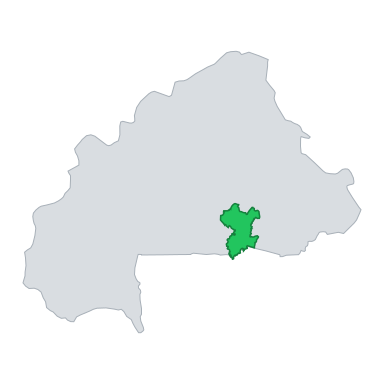 Boulgou, Boulgou, Burkina Faso (highlighted)
{"feature_id": "67063806B79770817740465", "entity_name": "Boulgou", "entity_type": "district", "adm_level": 2, "iso_a3": "BFA", "parent_name": "Burkina Faso", "parent_adm1": "Boulgou", "projection": "natural_earth1", "projection_center": [-0.458, 11.461], "detail": "fine", "context": "in_parent", "style": "filled", "palette": "green", "viewbox_px": 384, "rotation_deg": 0, "n_neighbors": 0, "source": "geoboundaries", "source_scale": "gbopen_adm2", "svg_char_len": 8474}
<svg xmlns="http://www.w3.org/2000/svg" viewBox="0 0 384 384"><path d="M297.5,254.7L286.5,255.2L282.5,256.6L280.1,256.6L280.0,255.4L279.7,254.7L265.8,250.9L256.1,248.6L246.3,246.0L245.7,248.4L244.3,250.0L242.2,250.1L240.7,249.7L239.7,251.5L238.0,254.0L235.8,255.2L233.5,256.6L232.3,258.0L231.4,258.0L229.1,254.9L226.1,254.6L220.5,255.1L218.0,254.3L214.5,253.8L206.4,254.5L193.4,253.2L191.3,253.9L190.7,254.5L177.9,254.6L163.7,254.8L151.9,254.9L141.5,255.0L141.5,254.5L138.2,254.4L137.8,255.5L134.9,267.9L134.5,274.6L136.1,278.8L137.8,281.5L139.8,282.6L140.0,284.1L138.4,286.0L138.5,288.0L140.4,290.1L140.8,292.2L139.9,294.5L140.1,300.0L141.5,308.6L141.5,314.2L140.2,316.7L140.8,321.1L143.3,327.3L143.8,329.9L142.9,331.1L140.8,332.7L138.6,332.7L136.1,328.9L135.0,327.2L133.0,323.5L131.3,319.6L129.0,318.0L126.7,316.4L123.9,311.6L121.3,309.3L118.4,310.0L114.3,309.1L106.0,307.9L97.0,308.2L93.3,309.3L89.6,311.1L80.3,315.0L76.6,316.9L73.8,321.7L70.7,321.6L67.5,320.1L65.5,317.9L61.3,318.3L57.2,316.2L53.2,312.0L50.3,310.6L46.6,307.6L45.6,301.8L43.2,297.7L41.1,292.1L37.9,289.5L34.2,288.2L29.1,288.5L25.7,286.2L23.0,282.9L23.8,280.0L25.0,276.0L25.1,272.1L26.0,265.7L25.5,257.8L24.6,252.2L27.4,249.9L30.7,247.9L32.8,244.1L34.9,235.6L35.8,228.3L35.2,225.6L34.1,223.5L33.3,220.3L32.8,216.5L33.4,213.1L35.9,210.0L39.0,207.4L41.2,206.2L47.1,204.9L54.4,203.0L58.6,200.8L61.7,198.6L63.4,196.9L65.1,193.3L68.0,190.5L70.2,187.8L70.5,180.0L70.5,175.6L68.9,173.2L68.0,171.1L78.9,165.1L78.9,160.8L77.5,156.0L75.4,152.2L74.6,148.9L77.6,145.0L80.3,142.0L82.2,139.5L86.5,135.7L90.9,134.8L94.9,136.2L106.7,145.1L108.7,145.7L111.2,145.0L114.3,142.7L118.4,140.8L119.9,134.8L119.8,126.0L120.7,122.0L122.8,121.3L129.6,123.0L131.4,123.1L133.4,122.5L134.8,121.0L134.7,118.1L134.4,115.6L136.7,107.4L140.7,101.3L148.9,93.7L151.5,92.1L154.4,91.3L169.1,96.6L171.5,95.3L175.1,82.2L179.0,81.0L183.8,80.8L186.9,79.7L188.5,78.7L195.5,73.8L207.7,67.0L214.3,64.2L215.6,63.1L220.4,58.3L226.6,52.8L230.6,51.7L236.2,51.3L239.6,52.2L240.6,53.7L241.7,54.5L248.9,52.2L259.3,55.9L268.2,59.6L267.6,61.9L267.6,66.0L266.8,72.5L265.9,80.2L269.6,85.2L274.1,90.6L275.2,92.7L274.1,98.1L274.9,101.2L277.2,106.4L281.2,113.0L285.3,119.8L288.1,120.7L290.8,121.2L292.5,122.4L294.8,123.6L297.2,124.4L299.3,125.8L300.6,127.3L302.3,131.5L306.9,134.3L310.2,137.0L308.9,138.4L304.9,137.8L301.1,136.6L300.6,138.6L300.5,146.3L301.1,152.7L301.9,153.6L305.7,154.7L314.8,163.0L323.0,170.9L325.7,172.9L330.2,173.7L335.3,174.0L337.5,173.3L342.4,169.4L345.0,168.9L347.4,169.0L348.7,169.7L351.1,172.9L353.3,177.8L353.9,181.4L353.7,183.3L353.0,184.0L349.0,185.0L347.2,185.7L346.8,186.8L347.4,189.2L348.2,190.7L352.6,197.8L359.0,207.3L361.0,209.7L359.9,212.5L356.6,219.9L354.2,223.0L343.6,233.5L338.3,232.3L327.3,234.4L325.7,232.0L323.1,231.7L319.9,232.1L318.8,233.0L318.4,234.0L317.3,235.5L315.3,239.6L313.7,240.7L311.8,241.4L309.4,241.3L308.0,241.8L308.0,243.9L307.5,245.7L305.9,246.6L305.2,248.6L305.4,250.5L304.4,251.4L302.3,251.0L301.1,250.4L300.0,253.0L298.5,254.7L297.5,254.7Z" fill="#d9dde1" stroke="#a8b0b8" stroke-width="1"/><path d="M252.8,207.4L252.1,207.4L251.8,207.7L249.7,210.2L249.2,210.8L248.8,211.5L248.2,212.3L248.1,212.5L247.6,213.2L247.5,213.9L247.4,214.2L246.5,214.4L246.4,214.4L246.3,214.2L245.8,213.1L245.6,212.7L244.6,212.8L243.5,212.6L242.8,212.4L241.5,211.7L240.1,211.6L239.8,211.4L239.5,211.0L239.2,210.0L239.1,209.9L239.0,209.0L238.9,208.7L238.9,208.1L238.8,207.8L237.6,206.5L237.7,206.2L238.6,205.2L238.7,204.9L238.7,204.6L238.0,204.5L237.6,204.5L235.6,203.7L235.0,203.6L234.7,203.7L234.3,203.9L233.7,204.2L232.7,205.1L232.0,205.9L231.7,206.5L231.3,207.1L231.1,207.4L231.1,207.7L231.0,207.9L231.0,208.1L230.9,208.4L230.9,208.5L230.7,208.6L230.7,208.8L230.6,208.7L230.2,208.8L230.1,209.3L229.7,209.5L229.6,209.9L229.4,209.9L229.2,210.2L228.8,210.0L228.5,210.0L228.3,210.3L228.3,210.5L227.8,210.8L223.8,210.8L223.7,211.5L223.5,211.9L223.9,212.1L224.1,212.1L224.0,212.3L223.9,212.7L223.8,213.3L223.0,214.7L222.8,214.9L222.5,215.2L222.1,215.2L221.7,215.5L221.1,215.4L220.8,215.5L220.7,215.6L220.5,220.0L221.7,221.5L222.8,222.6L223.0,222.9L224.2,224.2L224.2,224.3L224.3,224.3L224.5,224.4L224.6,224.6L224.8,224.6L224.8,224.8L224.9,224.7L225.2,224.8L225.3,224.7L225.4,224.8L225.5,224.8L225.6,225.0L226.0,225.0L226.1,225.7L226.2,225.9L227.1,226.5L227.6,227.0L227.8,227.2L228.2,227.2L228.3,227.4L228.6,226.9L228.7,226.5L229.0,226.0L229.2,225.6L229.5,225.7L230.2,226.2L230.7,226.8L231.1,227.4L231.3,227.9L231.4,228.2L231.9,228.5L232.3,228.6L232.6,229.0L233.3,229.3L233.6,229.3L233.7,229.5L233.7,229.8L234.1,229.8L234.7,230.3L234.9,230.3L235.2,230.2L235.2,230.3L235.2,230.5L234.9,231.3L234.7,231.4L234.3,231.5L233.6,232.4L233.7,232.7L234.0,233.1L234.2,233.5L234.4,234.4L234.6,234.5L235.1,234.3L235.1,234.5L235.0,234.8L234.7,235.0L234.4,235.1L234.1,235.0L233.6,234.8L233.6,234.7L233.3,234.5L233.1,234.0L232.8,233.8L232.4,233.6L232.1,233.7L231.9,233.8L231.8,234.3L231.9,235.0L231.8,235.3L231.1,235.9L230.5,235.9L230.3,236.0L230.0,236.4L229.7,236.8L229.7,237.7L229.5,238.4L229.2,238.8L228.4,238.8L227.9,238.9L227.7,239.2L227.6,239.3L227.4,239.4L227.2,239.8L227.2,240.1L227.3,240.3L227.7,240.7L227.9,241.0L228.1,241.8L228.0,242.1L227.7,242.4L227.5,243.1L226.8,243.5L226.4,244.0L226.5,244.2L226.4,244.5L226.5,244.7L226.5,244.9L226.6,245.1L226.7,245.3L226.6,246.0L226.7,246.3L226.9,246.4L227.1,246.5L227.3,246.5L227.6,246.3L227.8,246.4L228.1,246.5L228.0,246.8L228.2,247.0L228.0,247.4L227.9,247.5L227.7,247.9L227.7,248.2L227.4,248.5L227.6,248.7L227.6,249.0L228.0,249.1L228.5,249.2L229.0,249.5L229.3,249.7L229.5,250.0L229.6,250.9L229.9,251.3L230.0,251.5L229.9,251.7L230.0,251.9L229.9,252.1L229.7,252.2L229.4,252.0L229.2,252.9L229.2,253.0L228.9,253.6L229.0,254.1L229.1,254.3L229.3,254.3L229.4,254.2L229.5,253.8L229.7,253.7L230.0,254.1L229.9,254.6L229.7,254.8L229.6,255.0L229.6,255.3L229.9,255.6L230.1,255.5L230.2,255.2L230.4,255.2L230.5,255.3L231.0,255.3L231.0,255.6L230.9,255.8L230.6,255.9L230.4,256.1L230.3,256.5L230.7,256.9L230.8,256.6L231.0,256.4L231.2,256.6L231.3,256.8L231.2,257.1L231.3,257.2L231.7,257.3L232.0,257.4L232.2,257.9L232.5,259.2L233.0,259.1L233.6,258.7L233.6,257.8L233.6,257.2L234.0,256.3L234.3,255.7L234.7,255.3L235.2,255.3L235.5,255.7L236.2,254.8L236.5,255.1L236.9,255.1L237.1,255.0L237.4,254.7L237.6,253.9L238.1,253.6L238.4,253.1L238.7,253.1L239.6,253.4L240.4,252.9L240.1,251.6L240.2,251.0L240.5,250.1L240.6,249.5L242.0,248.4L242.3,248.3L242.7,248.6L243.0,248.6L242.8,248.9L242.9,249.3L243.1,249.7L243.1,250.1L243.6,250.8L243.6,251.0L243.7,250.9L243.8,250.5L243.9,250.4L244.1,250.3L244.3,250.2L244.5,249.3L244.6,249.2L245.0,249.0L245.5,249.0L245.7,248.8L246.7,248.6L247.3,248.3L247.3,247.7L247.1,247.5L246.7,247.4L246.6,247.2L246.7,246.8L246.9,246.9L247.0,246.6L247.1,245.9L247.4,245.7L253.5,247.6L254.4,247.8L254.5,247.3L254.4,246.4L254.7,245.5L254.9,244.4L255.1,243.4L254.9,242.8L254.9,242.6L255.1,242.4L255.8,242.2L256.1,242.0L256.2,241.9L256.5,241.1L256.5,240.4L256.5,239.8L256.8,239.4L257.6,238.5L257.8,238.0L258.2,237.6L258.4,237.1L258.4,236.7L257.6,236.1L257.4,235.8L257.2,235.8L255.3,236.2L254.3,236.6L253.9,237.0L253.4,237.0L252.3,237.0L251.6,236.6L250.7,236.9L250.2,236.9L250.0,236.6L250.0,236.1L250.1,235.6L250.2,235.1L250.2,234.7L250.3,234.6L250.6,234.7L250.7,234.3L250.7,234.1L251.1,233.8L251.3,233.5L251.3,233.4L251.2,233.3L251.0,233.0L250.6,232.8L250.5,232.5L250.6,231.8L250.7,231.6L251.0,231.3L251.2,230.8L251.1,230.5L251.2,230.3L251.0,230.1L251.0,229.7L251.3,229.3L251.4,229.2L251.5,229.1L251.4,229.1L250.9,228.5L251.0,228.3L251.2,228.1L251.6,228.0L251.6,227.9L251.7,227.4L251.8,227.2L251.9,227.3L252.0,227.2L252.1,226.8L251.7,226.4L250.9,226.0L251.0,225.7L250.9,225.5L250.7,225.3L250.7,225.1L250.9,224.4L251.0,224.4L251.1,224.2L251.4,224.2L251.5,224.0L251.4,224.0L251.4,223.7L251.7,223.7L251.9,223.4L252.1,223.2L251.9,222.7L252.0,222.6L252.2,222.4L252.2,221.9L252.6,221.7L252.8,221.5L253.0,221.4L253.1,221.2L253.1,220.7L253.4,220.4L253.4,220.1L253.7,219.6L253.8,219.6L253.7,219.3L253.9,219.2L253.9,218.9L254.1,218.8L254.2,218.5L254.3,218.5L254.5,218.8L254.6,218.6L254.8,218.5L255.0,218.2L255.3,218.0L255.5,217.7L255.8,217.4L256.2,217.6L256.5,217.9L257.3,218.4L258.9,218.3L259.3,218.3L259.7,217.1L259.6,216.1L259.1,213.2L259.0,211.8L258.8,211.7L258.6,211.3L258.2,210.8L257.8,210.5L257.4,210.4L257.1,210.4L255.7,211.0L254.5,210.5L254.4,210.4L254.4,210.2L254.3,209.4L254.3,209.0L254.3,208.7L253.9,208.2L253.1,208.0L252.9,207.9L252.8,207.4Z" fill="#22c55e" stroke="#15803d" stroke-width="1.5"/></svg>